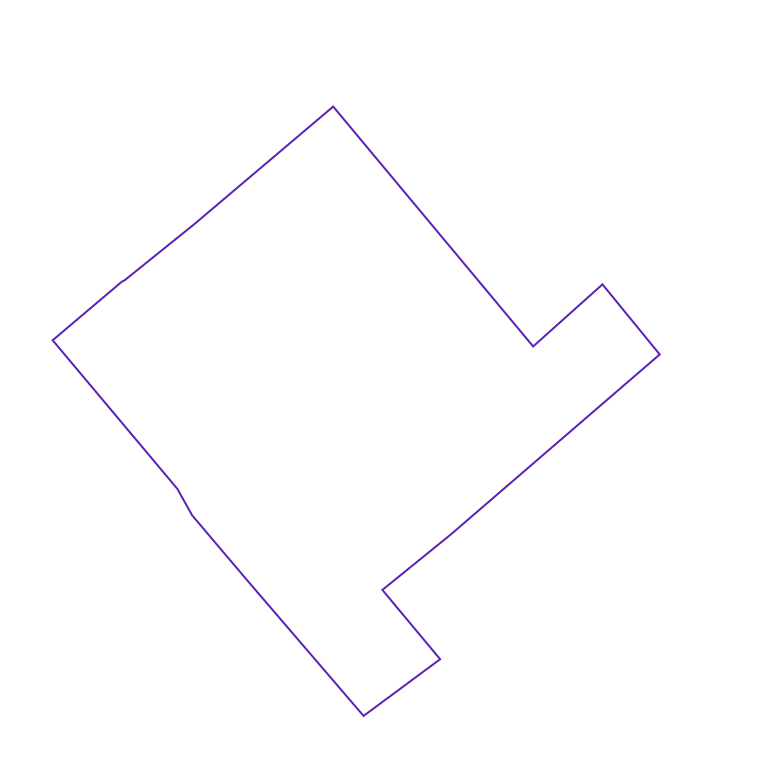 Fayette, Illinois, United States of America, rotated 320°
{"feature_id": "52423323B95839932442393", "entity_name": "Fayette", "entity_type": "district", "adm_level": 2, "iso_a3": "USA", "parent_name": "United States of America", "parent_adm1": "Illinois", "projection": "natural_earth1", "projection_center": [-89.043, 38.977], "detail": "fine", "context": "isolated", "style": "outline", "palette": "violet", "viewbox_px": 768, "rotation_deg": 320, "n_neighbors": 0, "source": "geoboundaries", "source_scale": "gbopen_adm2", "svg_char_len": 358}
<svg xmlns="http://www.w3.org/2000/svg" viewBox="0 0 768 768"><g transform="rotate(320 384 384)"><path d="M523.4,138.8L341.3,139.6L251.8,137.8L248.9,137.1L158.3,137.5L158.3,331.6L152.6,361.3L153.0,445.2L155.0,625.1L250.1,630.9L250.4,540.7L338.7,542.2L614.2,538.6L615.4,448.1L522.4,451.1L523.4,138.8Z" fill="none" stroke="#5b21b6" stroke-width="2"/></g></svg>